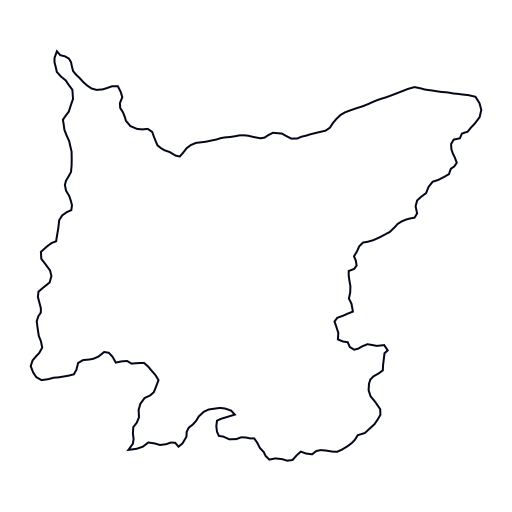 Santa Cruz de Salinas, Minas Gerais, Brazil (Mercator projection)
{"feature_id": "56859067B16259382882532", "entity_name": "Santa Cruz de Salinas", "entity_type": "district", "adm_level": 2, "iso_a3": "BRA", "parent_name": "Brazil", "parent_adm1": "Minas Gerais", "projection": "mercator", "projection_center": [-41.791, -16.046], "detail": "fine", "context": "isolated", "style": "outline", "palette": "ink", "viewbox_px": 512, "rotation_deg": 0, "n_neighbors": 0, "source": "geoboundaries", "source_scale": "gbopen_adm2", "svg_char_len": 4119}
<svg xmlns="http://www.w3.org/2000/svg" viewBox="0 0 512 512"><path d="M475.5,96.8L468.3,95.1L462.4,94.5L458.2,93.9L453.5,93.5L447.6,92.4L441.8,92.0L437.6,91.4L432.1,90.5L425.2,89.6L420.4,88.3L414.5,87.1L408.0,88.9L402.7,91.0L395.2,93.9L389.7,96.0L385.8,97.4L381.8,98.6L377.8,99.9L372.7,102.0L368.6,103.9L363.1,106.1L356.6,108.2L350.4,110.3L344.9,112.4L340.5,115.0L336.3,119.0L332.8,123.2L329.9,127.7L325.5,130.7L319.3,132.1L314.3,133.3L310.0,134.4L305.9,135.7L301.5,136.7L297.3,138.5L291.3,138.6L285.8,135.8L282.0,133.6L277.7,133.2L272.9,132.8L268.0,135.3L264.6,137.6L260.6,138.3L254.0,137.1L248.0,135.7L243.9,135.3L239.8,135.3L235.4,136.2L230.1,137.0L225.0,137.4L220.9,138.1L216.1,139.6L211.0,140.6L206.0,141.7L196.0,142.9L190.9,145.0L186.7,148.1L182.9,153.0L179.8,156.5L175.6,155.6L169.8,152.1L164.4,150.2L160.9,148.1L157.5,145.4L155.7,141.2L154.0,137.0L152.2,131.9L147.7,128.9L142.3,129.4L137.0,128.9L130.4,126.1L126.0,120.9L124.7,116.7L123.0,112.4L120.2,108.0L119.9,103.2L122.3,97.2L120.7,91.9L117.8,86.2L111.9,86.3L107.2,88.0L102.6,89.4L96.5,89.9L91.6,88.5L87.1,85.5L83.2,82.0L79.7,78.1L76.1,74.7L73.1,71.1L71.9,66.5L71.0,62.1L68.9,58.6L64.9,56.3L60.3,55.2L56.9,51.3L54.5,58.0L54.5,62.3L55.7,66.9L56.8,71.9L60.9,76.5L65.7,80.4L68.5,84.6L72.4,89.8L73.0,99.0L70.8,105.3L68.8,111.6L66.0,115.3L62.9,119.7L63.7,124.5L64.4,129.8L66.7,135.7L69.2,141.2L70.4,146.6L71.6,151.8L71.7,159.0L71.6,165.4L71.0,172.0L68.4,176.7L66.0,180.7L64.9,184.9L66.0,190.6L69.2,195.9L70.9,201.0L72.0,205.3L71.3,210.1L66.7,212.2L62.2,215.4L59.2,220.2L58.2,228.9L57.2,234.5L56.1,241.3L51.6,243.0L46.8,246.6L40.9,251.9L41.3,258.8L45.9,264.8L50.1,270.5L51.4,276.1L49.6,282.5L43.0,287.8L38.5,291.6L37.9,296.9L39.5,303.1L40.9,308.4L40.8,312.6L38.4,316.1L36.7,321.3L37.9,330.2L38.8,335.9L41.0,341.5L42.2,347.7L39.2,353.0L35.8,356.6L32.6,360.4L30.7,366.1L33.1,372.3L36.2,377.1L41.5,380.1L48.2,379.2L53.7,377.7L58.3,377.4L63.1,376.6L68.4,375.7L73.9,374.3L76.4,369.8L78.1,363.0L83.0,360.1L89.4,359.5L93.6,358.7L98.4,356.6L104.2,352.0L108.8,352.8L112.5,356.7L115.8,362.6L121.4,361.4L127.1,361.0L131.5,363.6L137.9,363.1L144.0,362.9L148.3,366.7L151.4,370.5L155.3,374.9L158.5,380.1L156.0,386.8L153.8,392.2L150.2,395.4L144.6,398.0L140.4,403.7L138.6,409.9L139.0,417.3L136.7,422.8L133.3,427.1L132.9,433.6L133.6,439.0L132.9,443.7L128.4,449.9L136.6,448.8L142.8,446.7L148.3,442.5L154.5,443.4L160.0,445.0L166.1,444.2L171.0,442.5L175.2,442.8L178.5,446.7L182.5,443.4L186.4,436.8L186.7,431.8L188.8,427.6L192.7,424.6L196.0,421.0L198.8,416.4L203.9,411.7L208.7,409.5L213.4,408.8L220.0,407.9L225.0,408.5L231.1,410.6L234.8,414.6L226.7,417.1L220.7,418.9L217.0,420.7L216.3,426.1L217.0,431.8L218.9,435.9L223.3,436.6L229.3,439.3L236.3,439.1L241.2,437.3L245.9,437.5L250.0,438.4L254.2,438.4L257.0,442.4L260.0,448.1L263.7,452.0L265.7,456.1L269.4,459.6L275.3,458.4L282.0,459.1L287.3,460.7L292.5,460.0L296.8,455.2L300.8,451.6L305.9,453.5L312.1,454.3L316.3,451.0L320.7,450.1L326.4,450.6L332.4,451.6L337.0,451.8L341.8,449.7L347.4,446.3L351.8,443.0L354.9,439.8L357.7,435.2L364.9,433.0L369.2,429.0L374.5,424.2L377.8,419.3L380.4,414.8L380.2,409.2L375.4,402.2L370.5,396.2L368.6,390.2L369.0,383.8L370.3,379.6L373.4,376.4L378.7,373.4L382.8,370.4L383.1,364.7L383.9,358.3L384.5,353.2L387.7,350.4L384.2,345.1L376.9,345.9L372.1,345.0L367.4,344.2L361.9,346.5L358.3,348.6L354.2,349.7L349.8,347.0L347.7,342.2L342.9,341.5L337.9,339.4L338.3,332.8L336.1,326.1L334.5,321.5L337.3,317.8L343.6,315.5L348.0,313.5L352.9,311.6L351.5,303.8L348.9,298.5L350.2,292.5L350.4,286.3L349.4,280.4L348.7,275.8L348.7,271.0L354.2,268.9L356.6,265.5L355.9,260.9L354.0,256.3L356.9,251.5L359.3,246.2L363.1,242.5L367.6,241.8L373.2,240.2L379.3,237.5L384.2,234.9L390.0,231.8L395.0,226.9L397.7,223.9L401.7,221.4L406.2,219.5L410.3,218.4L414.5,217.7L417.1,213.5L415.6,206.2L417.1,200.5L421.0,196.9L426.1,193.1L428.6,186.8L432.7,181.7L438.3,179.9L443.4,177.3L449.0,174.1L450.8,168.8L454.2,166.5L456.8,162.8L454.8,157.5L452.8,153.4L451.4,149.3L451.1,144.0L453.7,139.6L459.9,138.3L461.9,133.6L467.6,131.7L470.7,127.9L474.9,123.4L479.6,117.2L481.3,109.9L479.5,103.2L475.5,96.8Z" fill="none" stroke="#020617" stroke-width="2"/></svg>